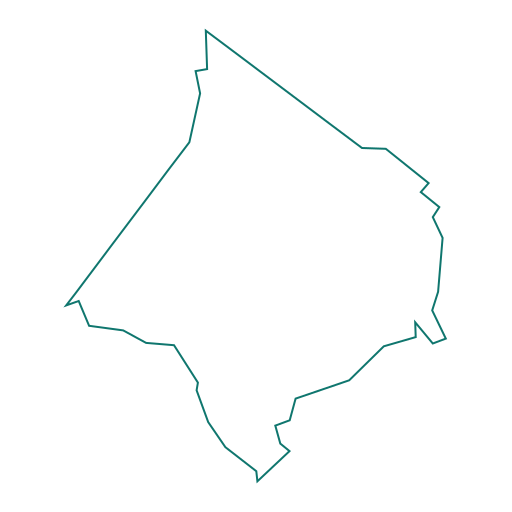 Newton, Georgia, United States of America (orthographic projection)
{"feature_id": "52423323B35386078510712", "entity_name": "Newton", "entity_type": "district", "adm_level": 2, "iso_a3": "USA", "parent_name": "United States of America", "parent_adm1": "Georgia", "projection": "orthographic", "projection_center": [-83.861, 33.556], "detail": "fine", "context": "isolated", "style": "outline", "palette": "teal", "viewbox_px": 512, "rotation_deg": 0, "n_neighbors": 0, "source": "geoboundaries", "source_scale": "gbopen_adm2", "svg_char_len": 692}
<svg xmlns="http://www.w3.org/2000/svg" viewBox="0 0 512 512"><path d="M205.8,30.7L207.1,69.1L195.6,71.1L200.1,93.4L189.4,142.1L189.1,142.6L169.0,169.0L145.8,199.9L132.0,218.2L110.2,247.1L106.1,252.6L88.5,276.0L76.2,292.4L66.2,305.4L78.7,301.0L89.1,325.8L123.2,330.4L146.1,342.9L174.0,345.2L197.9,382.6L196.6,390.3L208.2,422.1L225.4,447.2L256.3,471.2L257.4,481.3L289.5,451.1L280.3,443.6L275.3,425.6L289.7,420.3L295.6,398.6L349.2,380.3L383.8,346.3L415.7,337.1L415.2,322.3L432.8,343.5L445.8,338.6L432.2,310.4L438.1,291.8L442.6,237.9L432.8,217.1L439.3,207.1L420.8,192.1L428.6,183.1L385.8,148.8L362.0,148.0L329.6,123.7L232.4,50.6L205.8,30.7Z" fill="none" stroke="#0f766e" stroke-width="2"/></svg>